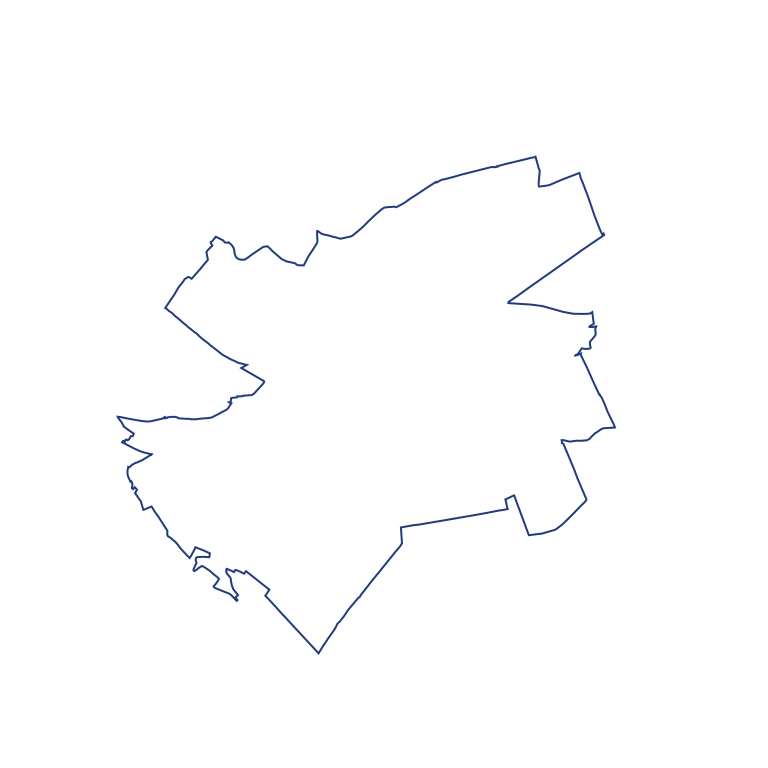 Nufaru, Tulcea, Romania, rotated 332°
{"feature_id": "2599482B16280673296012", "entity_name": "Nufaru", "entity_type": "district", "adm_level": 2, "iso_a3": "ROU", "parent_name": "Romania", "parent_adm1": "Tulcea", "projection": "robinson", "projection_center": [28.921, 45.135], "detail": "fine", "context": "isolated", "style": "outline", "palette": "blue", "viewbox_px": 768, "rotation_deg": 332, "n_neighbors": 0, "source": "geoboundaries", "source_scale": "gbopen_adm2", "svg_char_len": 6118}
<svg xmlns="http://www.w3.org/2000/svg" viewBox="0 0 768 768"><g transform="rotate(332 384 384)"><path d="M233.1,210.7L226.5,214.2L227.4,215.5L227.8,217.0L228.5,218.7L230.2,221.9L231.1,224.9L233.8,231.5L235.7,236.6L236.8,238.7L237.6,241.4L239.9,246.5L241.2,249.7L242.1,251.1L243.6,255.8L245.4,260.4L246.2,261.8L247.8,265.3L249.2,269.3L249.9,270.4L254.0,279.7L254.7,281.5L256.8,284.9L257.3,285.8L258.1,286.8L258.7,287.9L260.8,290.9L263.7,294.6L264.4,295.8L265.1,296.7L265.8,297.5L268.0,299.2L270.3,301.4L271.8,302.7L265.5,302.9L279.3,325.0L279.4,325.5L278.7,326.2L277.5,326.9L275.5,327.7L264.6,331.5L263.7,331.6L262.2,331.7L259.9,330.8L254.0,328.1L253.8,328.4L253.1,328.3L250.4,327.0L248.8,326.0L248.1,326.8L244.7,325.4L242.5,324.7L240.2,327.9L239.9,327.9L238.7,327.5L239.2,328.3L239.2,328.9L239.4,329.4L239.8,329.6L234.7,332.3L232.8,332.8L230.1,332.8L226.6,332.7L223.7,332.8L218.3,332.7L216.5,332.7L214.9,332.3L212.6,331.5L208.0,329.4L205.6,328.5L204.2,327.8L203.1,327.4L202.1,327.2L196.6,324.3L196.5,324.0L196.1,323.6L194.0,322.5L186.3,317.7L186.2,316.9L184.2,315.0L180.4,313.0L177.2,311.8L176.8,312.1L176.0,311.9L174.4,311.3L175.0,310.3L174.4,310.2L172.8,310.6L172.2,310.5L166.0,308.9L161.0,307.5L158.6,306.6L156.6,305.5L152.8,303.0L141.1,293.9L136.7,290.2L133.5,287.9L133.4,288.6L133.4,289.1L133.7,291.1L134.3,294.7L134.4,299.7L137.5,306.1L139.8,310.4L138.9,311.2L137.6,312.1L136.2,311.2L135.4,311.6L133.1,313.1L131.3,313.4L130.2,311.9L128.5,312.6L128.2,313.0L127.6,312.0L126.9,311.8L125.4,312.5L130.8,320.3L133.0,323.5L136.2,327.7L137.8,329.6L138.8,330.7L143.9,335.3L146.0,337.0L145.1,337.4L144.6,337.0L142.4,337.3L137.1,337.6L134.9,337.7L129.3,337.4L127.9,337.1L125.8,337.0L123.2,337.2L121.9,337.5L120.2,338.0L119.2,337.1L118.9,337.8L117.8,338.9L116.9,340.0L115.4,342.7L114.6,345.6L114.4,349.0L114.2,351.1L115.2,351.1L115.2,353.1L114.2,355.6L112.5,357.5L113.1,359.0L115.5,358.1L116.3,361.4L113.0,363.4L114.2,373.7L112.4,382.1L112.5,382.2L121.2,383.0L121.4,383.9L121.4,385.7L121.8,390.5L122.2,392.8L122.5,395.2L123.3,405.9L123.8,410.6L123.8,411.5L123.7,412.0L123.4,412.7L122.0,415.0L121.8,415.7L121.8,417.0L122.0,417.5L122.6,418.4L123.5,420.0L124.0,421.4L124.5,422.8L125.1,424.0L125.6,425.3L126.0,427.0L126.5,428.9L126.8,431.3L127.3,434.3L129.4,442.1L130.7,446.4L133.0,445.1L138.6,441.5L140.8,439.6L146.7,446.4L150.8,451.8L148.4,454.9L143.2,451.7L137.9,449.2L136.2,449.4L135.1,450.9L134.4,454.0L132.8,455.2L128.9,458.1L128.4,459.0L128.4,459.7L128.8,460.1L130.1,460.2L133.6,459.5L135.5,459.3L137.9,459.2L139.6,461.7L142.6,467.4L144.3,472.1L146.3,476.6L146.8,478.3L146.4,479.0L144.1,480.3L141.4,481.6L138.7,482.6L138.5,483.1L139.1,484.9L149.1,496.7L150.2,499.2L152.1,506.3L153.2,506.0L152.5,502.8L156.0,501.8L155.0,496.7L154.6,494.5L155.0,491.0L155.2,490.2L156.4,485.9L157.2,484.2L157.4,483.5L157.3,482.4L156.3,477.3L156.5,476.5L156.5,475.5L157.2,475.0L157.6,473.9L157.8,473.6L158.3,473.3L158.6,473.5L159.3,474.5L162.3,478.2L163.2,479.7L165.4,478.4L165.9,478.6L168.7,481.9L171.4,485.8L174.3,484.5L186.2,511.7L182.0,514.2L179.8,515.3L181.1,519.8L182.6,525.4L186.6,541.4L186.8,541.5L188.8,549.5L199.8,591.1L201.2,590.3L206.2,587.3L214.9,582.6L224.6,577.7L227.4,576.0L230.3,573.8L233.4,573.0L239.3,570.4L246.6,566.5L261.1,560.7L261.8,560.8L262.2,560.8L262.5,560.7L264.9,559.2L268.2,557.8L278.7,553.1L289.0,548.7L289.7,548.5L315.1,537.6L321.4,535.2L324.2,533.6L325.1,533.1L331.6,518.6L343.8,522.5L348.7,524.5L400.6,541.7L415.0,546.3L425.8,549.6L428.3,550.5L434.5,552.5L435.7,547.6L436.0,546.8L437.0,542.9L446.6,543.4L440.9,585.5L450.9,589.3L452.1,589.8L452.2,590.0L466.3,593.0L468.4,592.9L473.4,592.1L476.7,591.4L484.3,589.2L491.4,587.0L494.0,586.1L501.0,583.9L506.1,582.4L507.8,581.7L508.4,581.2L508.6,580.7L510.5,558.4L511.8,548.5L513.1,534.8L514.3,520.8L513.4,519.7L514.5,517.0L516.2,517.9L520.1,521.4L521.5,522.3L527.7,524.6L530.8,526.4L536.6,528.9L539.6,529.0L542.9,527.8L547.3,526.6L551.0,526.3L555.2,525.8L557.0,526.1L566.5,530.4L567.5,530.8L568.0,526.8L568.0,524.0L568.4,513.6L569.4,504.8L569.8,499.4L569.8,498.2L569.5,496.1L569.5,495.6L569.6,495.1L569.1,494.8L569.8,480.7L570.9,465.2L571.4,450.9L571.7,450.0L572.1,449.6L568.8,449.3L566.2,448.7L566.3,448.5L569.3,448.6L575.3,445.4L578.5,447.7L582.4,449.4L583.1,449.2L583.7,448.6L584.1,446.7L585.2,444.0L585.9,443.3L589.9,441.8L592.3,440.7L593.4,440.2L594.0,439.7L594.4,439.2L594.9,438.2L595.4,436.8L596.5,434.3L598.0,433.2L598.5,432.8L598.1,432.5L595.9,432.0L592.2,430.2L592.5,429.6L597.5,429.3L601.6,418.3L600.0,418.5L598.7,418.4L597.4,417.9L593.3,415.9L584.2,410.9L576.1,404.5L560.5,389.6L551.4,383.1L532.8,371.6L531.8,370.8L532.5,370.0L542.2,369.0L557.5,366.9L611.4,360.1L621.0,358.8L648.4,355.8L648.5,354.2L646.9,354.4L647.2,348.6L648.9,334.2L652.1,314.4L654.0,299.1L654.2,296.0L654.6,293.3L655.0,292.3L655.6,289.4L636.8,287.1L623.6,286.0L621.3,285.4L613.6,282.5L614.0,280.8L615.8,277.7L620.2,271.1L621.8,268.3L621.9,265.8L622.5,263.5L624.5,254.4L623.0,254.4L620.5,253.5L595.2,247.0L585.9,244.8L585.9,245.3L583.1,244.4L582.4,243.7L580.1,242.7L550.4,235.4L544.9,234.3L535.4,232.1L531.0,230.8L524.8,230.7L524.7,230.0L516.4,230.6L502.2,232.0L494.4,232.6L487.3,233.6L482.6,233.7L478.1,233.7L477.1,233.2L476.6,232.4L476.2,232.1L473.2,231.0L471.4,230.0L467.1,228.4L464.0,228.6L456.2,230.4L446.6,233.0L440.2,235.1L433.4,236.7L425.8,238.2L423.8,238.1L414.1,235.4L413.2,234.8L412.5,234.2L411.9,233.4L407.6,229.6L405.5,227.5L401.6,224.2L399.4,222.1L397.5,218.1L397.1,217.6L396.7,217.6L396.5,218.1L394.9,221.0L392.6,226.0L391.9,227.2L390.4,228.5L387.8,230.0L376.2,236.4L372.6,239.0L368.8,241.6L363.4,238.5L362.0,235.5L355.4,229.9L352.3,225.6L347.9,214.3L347.0,211.1L345.8,207.7L342.2,206.4L341.3,206.3L328.6,207.6L323.8,208.4L319.6,208.8L317.4,207.9L314.9,206.1L313.3,203.9L312.9,201.8L313.3,198.8L314.6,195.5L315.1,193.1L314.7,189.6L313.8,187.3L313.1,185.8L312.3,185.9L310.0,184.4L309.2,181.4L304.6,175.0L299.4,177.3L297.6,177.3L297.2,178.8L297.4,181.2L291.2,183.1L289.1,184.2L286.8,191.7L280.2,194.3L275.7,196.2L263.5,200.8L262.5,198.8L261.6,197.6L257.2,197.8L255.3,199.0L247.8,202.3L240.7,206.7L233.1,210.7Z" fill="none" stroke="#1e3a8a" stroke-width="2"/></g></svg>